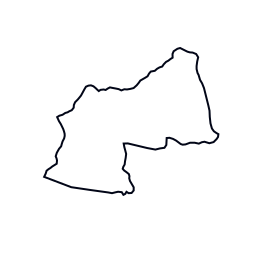 outline of Nova Palmeira, Paraíba, Brazil, rotated 148°
{"feature_id": "56859067B19664116937199", "entity_name": "Nova Palmeira", "entity_type": "district", "adm_level": 2, "iso_a3": "BRA", "parent_name": "Brazil", "parent_adm1": "Paraíba", "projection": "albers", "projection_center": [-36.429, -6.675], "detail": "fine", "context": "isolated", "style": "outline", "palette": "ink", "viewbox_px": 256, "rotation_deg": 148, "n_neighbors": 0, "source": "geoboundaries", "source_scale": "gbopen_adm2", "svg_char_len": 1881}
<svg xmlns="http://www.w3.org/2000/svg" viewBox="0 0 256 256"><g transform="rotate(148 128 128)"><path d="M57.1,83.1L55.6,88.2L52.8,94.0L49.7,99.5L47.9,104.6L42.4,121.6L41.5,126.6L41.4,130.6L40.0,135.7L39.9,137.7L38.6,141.6L37.0,144.2L34.0,147.8L31.0,150.8L31.0,154.6L33.2,157.7L35.5,159.4L37.2,161.3L41.4,168.2L44.1,169.0L48.6,168.9L51.0,167.2L52.9,164.0L55.4,164.0L58.1,163.7L60.7,163.9L63.9,163.1L66.4,162.0L69.2,162.7L71.9,162.8L75.0,162.3L78.8,163.8L81.3,163.0L84.0,161.5L86.7,161.5L89.4,161.6L92.4,161.7L95.0,160.6L98.0,159.6L102.1,158.9L105.5,160.0L108.4,161.2L110.6,162.8L113.7,163.4L115.3,165.9L117.5,168.0L119.9,170.2L121.8,172.0L124.3,172.2L126.8,172.1L128.3,173.6L131.1,174.9L133.2,174.8L133.8,176.9L134.3,179.0L135.2,181.7L136.8,183.8L139.1,184.9L141.8,185.3L144.5,183.9L148.2,181.8L150.7,180.4L152.7,179.7L155.4,178.8L159.2,177.9L161.7,176.2L163.3,174.0L166.3,172.9L168.9,173.3L170.9,173.3L173.2,174.0L176.5,173.9L179.7,174.8L182.3,174.8L182.9,170.4L182.9,167.0L183.5,161.4L184.1,158.9L184.8,156.7L185.9,154.8L187.7,153.0L190.6,151.3L192.8,149.4L194.4,147.9L197.5,146.9L201.5,144.7L204.3,142.3L204.7,140.1L205.4,138.1L207.4,135.5L212.6,135.5L215.0,135.2L217.3,135.2L219.7,134.9L221.9,133.0L225.0,131.0L207.5,107.9L192.8,95.4L178.9,83.8L176.1,81.2L173.0,80.2L170.2,79.2L167.3,76.9L167.3,73.8L165.2,73.6L163.1,74.7L162.0,72.4L159.4,71.0L156.3,72.0L154.6,74.7L154.5,78.2L154.4,82.0L153.6,84.7L152.3,86.4L151.7,88.5L152.7,91.4L153.8,94.1L154.1,96.2L152.5,97.6L150.2,98.8L148.2,101.3L145.8,103.9L143.3,107.0L142.2,110.5L141.2,113.8L139.9,117.1L136.3,115.0L122.4,100.9L116.2,95.2L111.6,93.7L107.6,91.9L104.5,93.3L100.5,99.0L98.0,97.7L95.6,94.9L93.9,91.9L91.8,86.5L90.5,84.9L87.9,83.6L83.1,82.6L79.3,80.2L76.2,77.2L72.9,76.8L70.4,75.8L67.1,72.0L62.9,70.7L58.6,71.7L56.4,72.7L54.6,74.9L55.6,76.7L56.9,79.7L57.1,83.1Z" fill="none" stroke="#020617" stroke-width="2"/></g></svg>